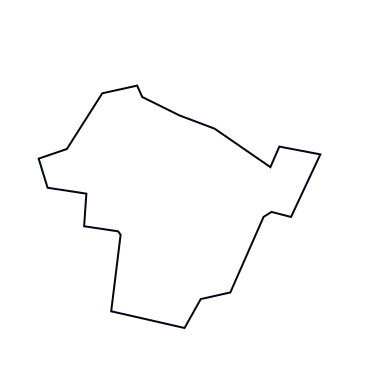 the district of Lynchburg, Virginia, United States of America, rotated 339°
{"feature_id": "52423323B93399406998966", "entity_name": "Lynchburg", "entity_type": "district", "adm_level": 2, "iso_a3": "USA", "parent_name": "United States of America", "parent_adm1": "Virginia", "projection": "orthographic", "projection_center": [-79.19, 37.401], "detail": "fine", "context": "isolated", "style": "outline", "palette": "ink", "viewbox_px": 384, "rotation_deg": 339, "n_neighbors": 0, "source": "geoboundaries", "source_scale": "gbopen_adm2", "svg_char_len": 432}
<svg xmlns="http://www.w3.org/2000/svg" viewBox="0 0 384 384"><g transform="rotate(339 192 192)"><path d="M178.9,73.0L143.6,67.7L90.6,107.0L60.8,105.9L58.7,136.3L92.8,155.7L79.0,185.3L109.0,202.3L110.0,206.4L73.8,274.4L136.3,316.3L161.8,295.1L191.8,299.5L249.9,240.9L259.1,239.1L275.5,250.8L325.3,202.9L289.8,180.9L274.1,196.9L235.8,141.0L207.6,115.9L179.6,85.5L178.9,73.0Z" fill="none" stroke="#020617" stroke-width="2"/></g></svg>